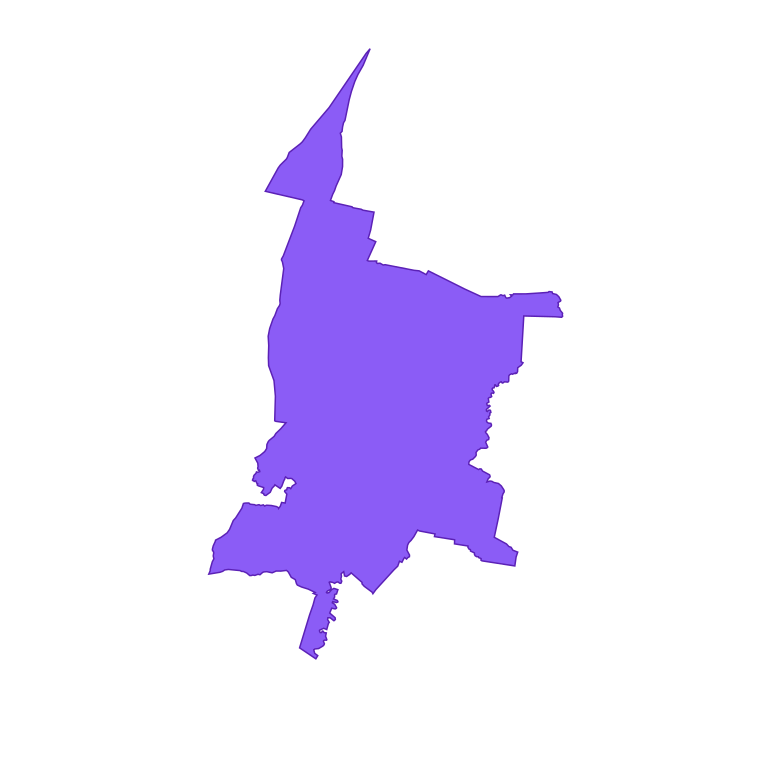 the district of Scheia, Iasi, Romania, rotated 216°
{"feature_id": "2599482B98020878229832", "entity_name": "Scheia", "entity_type": "district", "adm_level": 2, "iso_a3": "ROU", "parent_name": "Romania", "parent_adm1": "Iasi", "projection": "mercator", "projection_center": [27.497, 46.938], "detail": "fine", "context": "isolated", "style": "filled", "palette": "violet", "viewbox_px": 768, "rotation_deg": 216, "n_neighbors": 0, "source": "geoboundaries", "source_scale": "gbopen_adm2", "svg_char_len": 6171}
<svg xmlns="http://www.w3.org/2000/svg" viewBox="0 0 768 768"><g transform="rotate(216 384 384)"><path d="M290.2,555.7L293.9,557.4L297.1,557.8L300.8,556.3L302.1,557.3L304.8,555.8L305.1,554.6L311.6,549.1L322.2,540.3L332.2,533.0L332.2,531.7L334.1,530.5L332.4,530.0L333.1,527.7L335.2,525.6L336.3,525.5L338.6,526.8L339.7,525.4L341.6,525.0L342.1,524.6L343.2,521.7L356.9,511.8L374.9,508.2L414.6,501.6L414.2,497.3L422.1,496.2L426.4,493.7L453.2,481.2L454.6,479.8L458.2,479.4L460.3,477.6L461.5,477.8L462.2,479.2L468.5,474.5L470.1,474.1L474.3,494.3L482.4,492.6L485.3,500.7L493.1,517.2L503.3,512.2L505.1,512.0L512.2,508.6L513.3,508.3L514.0,508.6L530.5,501.5L531.3,501.2L531.7,502.1L535.2,501.0L537.0,507.3L537.7,511.4L539.1,516.0L541.7,528.3L545.3,535.5L549.6,541.5L552.0,543.5L555.2,548.5L557.2,550.3L563.7,558.9L566.8,561.2L566.4,563.7L568.6,567.6L570.3,571.6L570.5,574.3L579.3,593.7L582.3,601.5L585.4,611.5L587.0,619.0L588.2,629.6L592.3,647.1L592.8,640.9L590.9,575.3L593.1,547.1L592.4,537.1L592.4,532.0L592.9,529.2L596.8,515.6L595.4,510.5L595.2,508.6L596.6,500.1L596.6,496.6L593.3,470.1L558.2,485.0L556.4,485.2L555.1,480.7L555.0,477.7L549.1,459.2L540.8,428.5L540.4,425.0L539.9,424.1L538.0,423.1L533.0,418.5L520.2,395.0L517.5,390.5L515.3,388.0L514.7,386.2L514.5,382.2L512.5,375.1L512.0,371.3L509.1,361.7L505.8,354.6L499.9,347.4L493.0,337.3L488.1,331.0L475.0,322.1L464.7,310.3L450.8,290.0L449.6,290.2L440.5,295.0L441.2,287.2L442.4,280.4L442.1,277.0L443.7,271.0L443.8,269.4L443.2,266.3L441.0,262.8L440.8,259.2L442.3,253.3L444.9,248.3L439.6,245.8L437.3,243.1L436.8,241.7L434.9,240.4L434.2,241.1L433.0,240.1L434.2,238.4L435.5,237.9L435.1,236.5L435.5,233.7L435.1,232.3L434.2,231.1L434.3,230.2L433.9,228.9L433.0,228.8L432.6,229.2L431.7,228.9L430.9,230.3L428.4,228.9L427.5,229.0L427.3,227.8L426.0,227.7L420.5,229.5L419.6,228.1L419.4,224.0L416.9,224.6L416.2,223.9L415.2,223.8L414.0,224.4L412.4,229.6L413.3,233.9L412.8,237.5L413.0,238.3L406.6,238.5L406.6,241.2L408.3,247.3L408.3,248.4L409.0,250.1L409.0,251.0L406.4,250.9L403.9,252.9L402.9,253.3L399.0,252.9L396.7,251.7L398.2,247.6L397.9,244.5L399.4,244.6L401.2,243.4L401.2,242.8L400.5,241.2L401.5,240.0L401.6,239.4L401.2,238.6L397.9,237.8L394.0,229.6L397.2,228.0L396.0,224.0L396.2,221.4L396.7,221.9L398.8,221.7L403.7,219.5L407.8,216.9L408.9,215.1L410.6,215.3L412.3,213.2L414.2,212.9L416.4,210.4L417.6,210.4L421.6,208.1L423.4,208.3L426.4,206.0L427.5,204.7L426.0,200.0L425.3,188.5L425.7,185.0L423.5,175.7L423.4,171.4L425.7,164.3L428.5,158.7L428.0,157.5L427.0,152.6L425.7,149.4L424.7,148.3L423.8,148.4L422.5,147.3L421.1,144.5L418.9,142.6L418.4,139.2L415.8,132.2L414.8,130.6L414.0,127.2L406.1,135.2L404.4,137.6L403.6,139.9L400.9,142.5L390.7,148.5L389.2,148.6L387.5,149.7L384.0,150.4L380.0,150.1L378.7,151.1L377.9,152.3L376.0,153.2L374.1,156.0L372.2,156.8L371.4,160.3L370.8,161.3L368.5,163.3L363.5,165.5L361.3,169.3L357.5,172.0L353.3,175.9L351.0,175.7L345.4,173.1L340.8,173.6L337.4,171.0L335.9,170.4L331.4,171.3L324.8,173.5L317.2,174.9L318.1,173.0L314.2,173.9L314.1,170.3L311.5,163.5L308.5,153.5L297.2,120.9L277.6,121.6L277.9,125.3L281.8,125.4L284.6,127.7L284.1,129.1L281.4,131.5L279.4,136.1L279.2,137.6L279.5,138.8L281.8,140.3L282.0,140.9L281.6,141.8L279.9,143.0L280.0,143.6L283.0,145.6L284.4,148.7L286.3,147.7L288.3,148.2L288.7,147.7L288.4,146.6L288.7,145.9L289.5,145.4L291.1,146.3L291.4,147.0L289.2,150.9L286.0,151.7L288.2,157.6L288.2,159.0L291.2,160.3L292.0,161.9L290.2,163.2L285.5,163.0L285.1,163.5L285.0,165.0L286.2,166.2L293.3,166.8L294.5,171.9L291.3,173.3L290.7,174.5L290.8,175.1L294.4,176.8L297.2,176.6L297.6,177.8L293.9,179.3L293.2,180.5L293.5,181.0L294.7,181.4L298.5,180.4L298.7,182.6L300.1,184.5L300.0,185.2L299.0,186.2L300.4,190.5L304.4,189.2L305.5,186.8L305.8,183.0L307.0,181.6L307.7,181.4L308.1,181.6L308.1,183.3L306.6,186.1L306.5,187.3L307.2,188.3L311.8,191.4L311.5,192.1L308.7,193.4L306.8,193.7L306.1,195.5L304.9,196.8L302.8,196.8L301.9,197.3L301.7,197.8L302.3,199.7L304.3,200.8L305.4,203.5L307.1,205.2L307.1,205.6L306.3,208.5L303.1,205.5L301.1,206.3L299.8,209.9L299.6,211.9L285.2,210.6L284.3,209.4L281.1,208.7L271.3,208.6L269.7,207.8L269.7,212.9L266.7,239.7L265.8,244.7L267.3,249.7L264.7,250.3L265.4,254.7L265.3,255.8L262.9,255.6L262.6,257.8L261.9,259.2L262.8,260.6L267.9,263.1L270.2,267.5L270.7,270.4L270.2,273.4L270.1,278.0L271.0,285.6L268.8,286.0L254.6,292.7L253.5,290.2L235.3,299.5L233.0,296.1L220.8,302.3L220.1,301.2L218.2,300.4L216.8,300.8L215.8,299.7L211.6,300.5L210.5,299.2L209.2,298.6L207.4,298.8L206.1,299.7L205.2,299.2L203.2,299.8L202.6,299.7L202.1,298.5L200.8,298.5L171.2,313.7L175.4,321.6L177.0,326.6L182.0,325.3L185.2,326.6L187.5,325.9L190.9,326.6L204.7,324.8L212.6,342.6L221.4,361.4L221.9,361.2L223.2,365.2L223.3,367.1L223.9,368.2L225.0,368.9L229.2,370.5L232.9,370.8L237.3,368.9L239.5,368.7L241.2,367.8L243.2,365.2L244.0,368.5L243.6,371.0L243.9,371.7L245.2,372.6L253.1,371.5L255.3,372.4L256.6,371.7L257.2,370.4L268.1,368.8L269.1,370.2L269.5,371.2L269.5,372.7L269.2,373.7L268.0,375.4L267.4,379.1L267.6,380.7L269.3,382.7L269.3,385.8L268.2,387.6L268.2,388.8L263.7,392.0L263.2,392.7L263.0,394.0L267.6,396.7L267.8,398.9L266.7,400.6L267.5,402.3L270.9,404.0L273.3,404.5L274.0,405.3L273.5,406.4L273.8,408.2L272.5,412.9L272.9,414.0L274.4,415.0L276.6,413.7L278.6,413.8L279.5,414.5L280.0,416.0L278.6,417.9L280.1,418.9L280.1,421.2L281.3,422.6L280.8,423.8L282.2,425.1L282.9,425.2L284.0,424.3L284.2,422.5L285.2,422.4L286.2,423.6L285.2,428.5L286.2,428.7L287.7,427.3L289.3,428.4L289.4,429.2L288.5,431.0L291.2,433.7L290.9,434.9L289.9,435.9L289.5,437.1L291.4,438.6L291.7,439.5L291.3,440.3L290.0,440.7L289.9,441.6L290.9,442.4L293.0,442.9L293.8,444.0L293.7,444.6L292.7,445.7L293.8,448.5L293.3,448.8L291.6,448.1L290.6,449.3L290.5,450.4L291.3,450.8L291.6,451.8L291.0,454.0L290.5,454.7L288.9,454.3L288.4,454.8L287.8,456.6L285.1,458.2L284.7,459.0L284.9,459.8L287.8,464.0L287.8,465.4L286.8,467.2L285.7,467.5L285.0,468.9L284.0,469.5L284.2,470.1L283.0,470.6L283.2,472.5L285.4,475.8L284.0,479.9L284.0,482.9L286.2,482.6L310.9,521.2L284.9,539.1L279.5,542.4L279.3,543.8L280.5,544.9L281.1,546.2L284.7,547.2L286.7,548.6L288.7,548.5L289.3,550.5L291.1,552.2L289.9,554.8L290.2,555.7Z" fill="#8b5cf6" stroke="#5b21b6" stroke-width="1.5"/></g></svg>